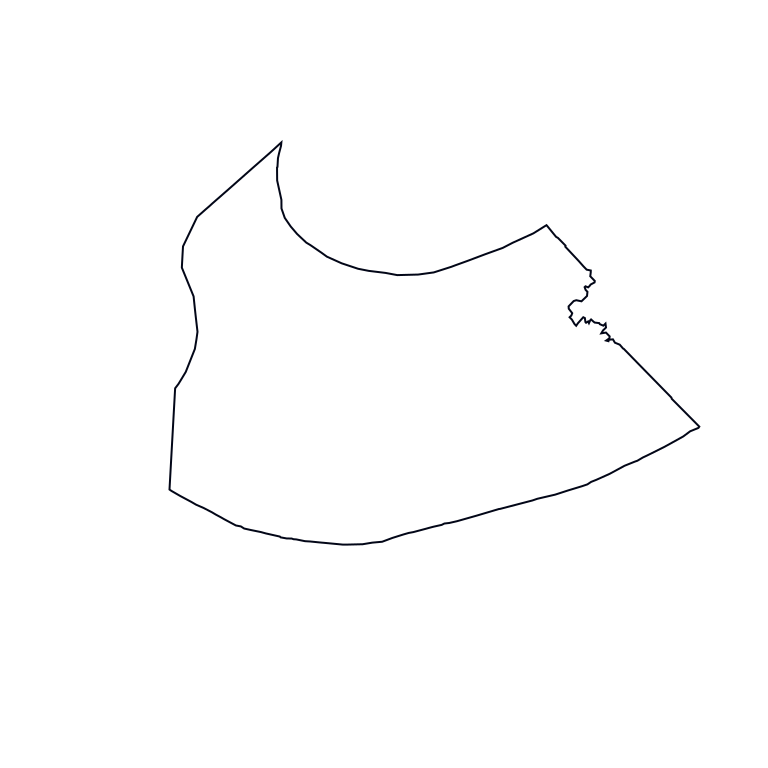 Lower Saloum, Central River, Gambia (orthographic projection), rotated 226°
{"feature_id": "56634734B70409077095290", "entity_name": "Lower Saloum", "entity_type": "district", "adm_level": 2, "iso_a3": "GMB", "parent_name": "Gambia", "parent_adm1": "Central River", "projection": "orthographic", "projection_center": [-15.38, 13.709], "detail": "fine", "context": "isolated", "style": "outline", "palette": "ink", "viewbox_px": 768, "rotation_deg": 226, "n_neighbors": 0, "source": "geoboundaries", "source_scale": "gbopen_adm2", "svg_char_len": 2530}
<svg xmlns="http://www.w3.org/2000/svg" viewBox="0 0 768 768"><g transform="rotate(226 384 384)"><path d="M629.1,478.0L629.5,463.6L630.7,438.4L631.9,410.8L633.1,386.2L633.2,382.4L633.5,377.0L634.0,365.7L622.6,335.0L616.6,328.5L608.4,319.7L608.1,319.4L579.3,307.9L569.6,300.3L563.0,295.2L551.1,286.1L546.4,280.1L543.8,276.6L540.6,272.3L536.7,263.7L530.4,249.8L527.9,240.4L526.8,236.1L526.0,230.8L523.9,228.5L474.8,175.5L457.1,156.4L455.4,156.7L454.2,157.0L445.1,159.6L433.0,163.5L427.7,165.0L420.2,168.1L411.3,171.1L406.9,172.3L401.3,174.1L398.1,175.0L385.1,179.2L381.0,182.1L377.2,183.0L371.3,186.9L363.0,192.6L358.6,195.2L346.6,203.1L345.5,203.1L340.5,206.7L337.0,210.2L335.2,211.1L333.2,212.9L325.8,218.0L322.0,221.5L314.9,227.5L312.7,229.4L311.1,230.8L297.1,242.8L294.2,245.8L283.6,257.3L278.0,265.4L271.8,273.1L267.4,283.2L262.2,293.6L259.7,298.3L257.1,302.2L250.7,313.7L249.3,316.3L247.0,320.4L242.6,327.6L241.7,330.5L238.7,334.4L234.6,341.2L224.9,359.3L214.2,379.9L213.6,380.6L197.1,409.9L194.9,414.6L185.5,430.3L179.7,442.2L172.9,455.5L170.5,460.6L169.7,465.0L167.6,470.1L162.6,484.0L158.1,500.2L154.0,510.3L153.7,511.0L152.8,512.9L151.3,519.2L149.9,523.3L144.0,542.0L138.4,562.8L137.3,571.4L134.0,579.7L134.3,581.2L134.8,581.2L173.4,580.7L174.6,581.3L221.3,581.0L242.7,580.9L243.5,580.6L248.5,580.9L250.6,580.0L253.3,578.8L257.1,579.7L259.7,576.4L258.9,575.2L260.9,574.0L260.3,577.9L261.5,579.4L266.8,579.4L269.5,575.5L270.4,578.8L270.4,582.9L273.6,585.3L273.6,582.3L277.1,580.8L278.3,581.1L281.9,578.2L283.5,578.0L286.6,577.8L286.6,576.7L285.4,573.7L287.2,574.3L287.7,571.9L288.6,571.9L291.9,574.3L293.6,573.7L293.0,565.7L292.4,562.7L294.8,562.7L299.8,563.9L303.1,563.9L303.1,566.3L304.2,568.6L309.8,569.2L311.6,570.7L311.9,578.1L310.7,580.5L306.3,583.5L306.3,585.8L306.3,591.2L309.0,594.4L311.6,594.4L314.3,595.6L314.3,596.8L311.7,598.0L311.7,599.8L312.0,601.8L310.8,606.0L311.7,607.2L318.2,607.2L320.8,610.4L322.0,611.6L325.5,609.2L329.9,609.2L330.1,609.2L337.0,609.5L356.8,609.8L357.4,610.7L368.3,610.6L370.3,610.0L384.6,611.2L385.4,611.2L388.6,596.1L396.2,574.7L399.4,564.0L407.1,546.8L414.4,529.9L420.0,517.4L421.5,513.9L429.8,497.1L430.0,496.9L439.0,484.6L453.1,469.2L462.8,462.3L476.0,451.6L484.9,445.4L500.2,437.4L503.7,436.0L514.5,431.7L515.2,431.4L522.0,430.2L524.9,429.6L533.8,427.8L535.2,427.5L539.7,426.3L552.3,425.7L562.1,426.3L572.4,428.0L581.5,432.2L587.7,438.1L604.6,448.5L614.1,457.5L614.1,458.1L620.1,464.6L623.0,469.0L626.8,475.3L629.1,478.0Z" fill="none" stroke="#020617" stroke-width="2"/></g></svg>